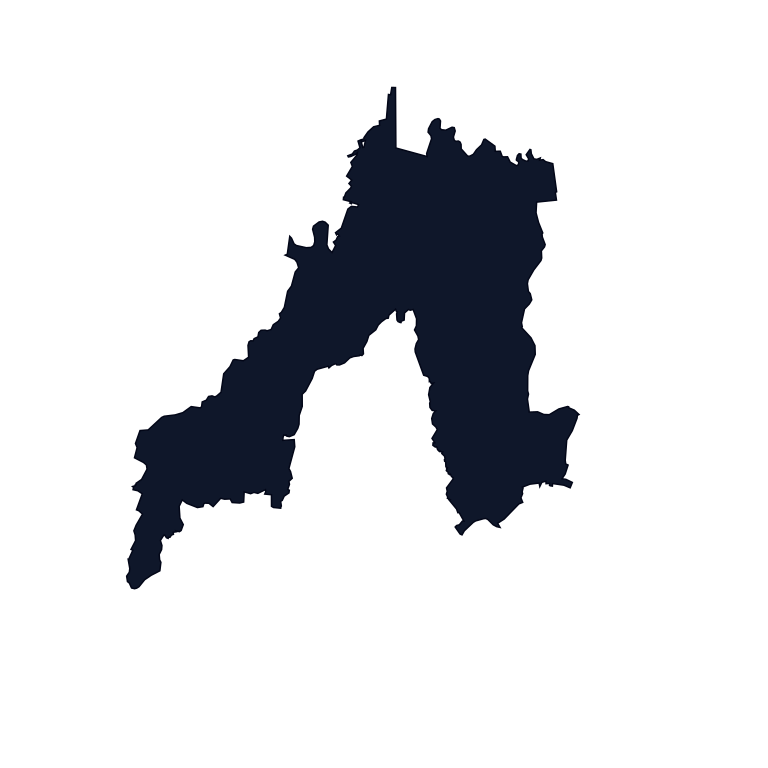 DEJ, Cluj, Romania (Robinson projection), rotated 291°
{"feature_id": "2599482B75770184766435", "entity_name": "DEJ", "entity_type": "district", "adm_level": 2, "iso_a3": "ROU", "parent_name": "Romania", "parent_adm1": "Cluj", "projection": "robinson", "projection_center": [23.804, 47.127], "detail": "fine", "context": "isolated", "style": "filled", "palette": "ink", "viewbox_px": 768, "rotation_deg": 291, "n_neighbors": 0, "source": "geoboundaries", "source_scale": "gbopen_adm2", "svg_char_len": 6171}
<svg xmlns="http://www.w3.org/2000/svg" viewBox="0 0 768 768"><g transform="rotate(291 384 384)"><path d="M359.6,595.1L360.2,587.9L359.3,584.1L364.9,585.4L374.3,584.9L374.5,582.3L377.8,580.5L397.1,574.7L407.9,576.5L421.1,576.5L424.1,575.8L425.4,577.0L427.8,571.0L428.0,565.2L428.9,564.6L428.8,563.5L423.4,556.2L414.6,549.3L412.8,544.1L413.1,537.4L409.8,529.7L421.4,523.3L426.4,522.5L429.0,520.6L443.3,515.2L448.2,514.2L465.8,514.6L473.9,511.2L479.8,504.7L486.0,492.2L487.0,492.6L490.5,490.4L504.4,488.3L510.8,491.0L515.5,491.8L520.7,488.2L522.2,485.6L529.1,481.9L533.0,481.2L544.3,483.0L555.5,486.3L558.1,486.1L564.7,483.2L569.5,484.7L571.9,484.5L577.9,479.2L580.6,477.8L581.9,478.1L590.2,470.4L598.3,464.6L608.5,461.3L617.5,479.1L624.3,475.3L625.3,476.3L650.2,462.6L649.5,455.2L650.5,452.1L648.7,449.1L651.0,448.9L648.5,446.2L647.9,443.3L651.8,439.0L655.3,437.2L655.3,436.2L649.0,434.6L646.2,438.2L644.1,438.6L642.9,436.9L643.2,432.7L644.1,431.0L647.7,429.4L647.4,427.6L645.2,426.7L641.1,427.1L640.3,427.5L639.8,429.9L638.2,430.7L636.4,430.6L635.3,429.4L636.4,422.3L640.4,417.9L638.8,414.1L638.9,412.7L643.0,409.1L641.1,404.5L645.8,402.3L648.9,390.7L648.1,389.6L642.2,389.4L635.9,386.4L630.5,385.1L627.5,382.5L626.7,380.5L631.2,371.8L635.3,370.1L637.1,368.4L637.5,366.4L636.2,363.9L636.9,362.1L639.4,360.3L645.7,359.8L648.5,357.7L648.1,355.5L643.1,350.7L642.0,346.5L642.9,344.6L649.8,342.5L651.2,340.7L651.1,339.3L649.1,336.7L646.2,335.0L638.3,334.1L634.9,334.9L632.7,338.8L630.0,340.5L614.5,341.2L611.8,342.7L608.6,310.5L664.9,288.5L663.6,285.0L656.3,286.5L655.9,284.4L632.2,291.3L627.9,285.4L623.9,287.2L620.4,282.1L613.6,278.7L606.8,277.0L605.7,277.5L603.8,275.2L602.0,276.4L604.8,279.4L598.0,280.4L597.2,279.4L603.6,274.8L601.5,272.7L595.9,276.9L592.9,275.3L590.9,272.9L587.4,272.0L584.1,268.4L583.2,269.4L584.5,271.5L588.3,275.2L590.6,276.3L588.3,276.8L579.0,273.6L575.8,276.5L564.7,274.6L562.8,280.8L558.6,279.4L557.1,282.6L555.2,282.7L548.7,279.9L544.1,280.0L543.9,279.3L541.5,280.0L542.4,287.9L540.7,287.2L540.6,289.0L541.9,289.0L542.4,296.0L539.7,295.8L538.2,289.9L534.4,287.6L514.2,288.3L507.9,284.5L506.2,286.3L507.6,287.0L506.2,289.3L504.9,287.9L501.2,287.7L498.4,285.9L496.0,289.2L488.1,288.4L490.1,283.9L493.4,280.8L512.3,275.0L514.0,271.1L513.9,268.3L512.0,265.3L506.1,261.6L502.9,261.9L496.2,266.6L492.0,268.4L488.1,268.7L485.4,267.0L483.4,262.6L481.9,252.6L482.6,249.8L487.0,245.4L488.1,243.1L470.5,247.2L468.9,245.6L468.4,256.0L466.5,259.1L461.9,262.7L456.8,261.0L442.2,262.5L436.1,260.8L419.8,263.5L414.1,262.5L412.1,261.2L408.5,263.8L404.6,262.8L399.7,259.4L394.4,259.1L391.8,255.8L391.7,253.7L390.1,250.0L387.2,248.6L382.8,249.4L379.8,246.5L377.3,246.3L376.6,244.1L375.1,242.9L371.3,243.2L360.5,248.0L355.3,244.4L353.4,235.9L352.4,234.6L345.0,234.0L336.1,230.7L317.9,234.8L313.0,232.2L311.3,230.8L311.3,227.7L309.5,224.7L305.2,223.9L302.1,220.7L297.6,221.8L295.9,221.2L293.8,212.1L285.2,206.5L280.3,200.1L275.1,190.3L273.1,188.4L256.6,180.3L253.1,172.9L239.4,173.3L236.2,176.3L225.7,177.5L224.6,187.5L223.3,191.2L219.6,193.3L208.0,191.9L202.4,188.1L201.3,188.8L200.7,187.9L199.9,188.2L198.2,186.0L197.8,187.2L195.4,187.6L196.1,192.4L194.9,197.7L177.8,198.0L177.8,200.5L176.0,205.2L163.4,203.2L157.3,203.1L153.9,205.8L148.8,208.2L138.9,207.1L138.9,209.1L129.0,208.5L128.8,207.9L120.6,212.8L117.0,213.7L112.4,212.6L107.6,215.3L106.9,217.6L103.1,221.4L103.5,224.5L104.8,226.3L106.9,227.9L115.5,230.7L122.0,235.2L129.3,241.7L137.6,239.6L139.4,237.6L144.3,235.2L149.7,235.7L153.6,234.6L157.8,231.3L164.0,232.6L164.4,233.3L162.5,236.0L162.5,237.8L163.6,237.7L164.2,239.1L166.8,239.7L168.2,241.3L170.0,240.3L171.7,243.2L172.4,242.4L172.8,245.9L174.5,247.1L180.8,247.0L185.7,241.5L196.4,236.6L203.5,237.2L201.9,242.6L201.8,254.1L204.6,258.9L207.8,258.7L208.7,259.7L209.9,263.3L208.3,268.4L218.8,272.5L219.3,276.4L221.6,281.6L218.9,284.7L221.2,292.0L223.5,295.3L233.2,292.1L233.8,298.8L236.2,301.4L236.7,305.4L242.9,311.2L241.0,312.2L238.5,312.1L240.3,318.6L229.5,322.8L229.1,325.1L231.2,332.7L231.2,331.7L233.3,331.9L237.4,329.6L238.9,330.7L243.5,331.0L248.3,334.3L250.9,333.7L251.1,331.9L256.5,331.7L259.0,330.1L263.1,332.1L268.8,328.1L271.0,325.5L293.4,323.2L299.9,320.1L295.1,309.7L297.9,308.9L300.5,308.7L300.8,311.1L302.0,310.6L300.5,311.9L300.9,314.5L304.5,318.3L311.7,319.4L316.0,319.1L324.3,316.1L333.8,315.7L345.1,311.3L349.4,313.3L363.4,315.0L371.0,314.6L373.8,316.3L380.6,325.5L379.3,326.8L382.6,328.5L385.2,331.0L385.6,331.9L384.9,333.1L385.9,335.7L389.6,339.6L396.1,342.7L398.8,345.8L401.5,350.8L402.2,350.8L402.7,353.2L404.8,354.0L409.8,351.7L417.5,352.8L424.0,352.4L431.6,356.9L437.0,357.5L441.3,359.4L445.8,362.3L447.0,364.4L450.0,363.9L458.0,368.0L456.0,369.8L456.1,370.6L454.0,370.6L448.4,373.2L447.3,374.8L447.2,377.2L447.5,377.9L448.6,377.4L450.9,379.9L457.7,377.7L462.3,380.1L462.3,382.1L464.0,384.5L456.6,391.0L449.9,393.4L445.4,393.1L440.9,398.5L437.9,400.4L433.3,399.7L427.8,400.4L425.1,401.7L406.4,417.9L406.7,422.1L405.4,424.3L402.4,425.5L402.9,426.3L401.4,427.9L402.6,429.9L397.2,428.1L390.0,429.5L384.0,433.6L382.5,433.5L378.6,435.3L376.6,438.4L377.4,441.9L374.1,440.6L368.9,440.9L364.1,443.6L362.4,447.9L360.5,450.1L350.4,448.3L347.4,452.5L346.6,450.9L344.3,451.6L343.5,454.5L344.3,455.6L341.9,457.6L340.8,460.0L341.7,460.7L341.0,461.7L341.5,463.2L339.8,462.9L338.3,466.4L336.1,467.8L335.0,467.5L333.6,468.3L333.5,469.4L328.8,471.5L328.6,472.8L327.8,472.8L328.1,473.3L325.5,473.2L324.4,475.8L323.3,476.1L322.9,478.0L323.5,478.4L321.8,480.2L321.3,482.0L319.8,482.5L309.4,479.6L306.5,481.5L303.5,481.7L301.2,484.1L300.1,484.1L299.7,487.0L299.1,486.3L293.3,496.5L290.3,499.1L290.9,500.2L284.6,507.8L284.1,506.3L279.6,504.8L277.9,502.5L276.0,501.7L271.2,508.8L271.1,510.9L275.7,511.6L286.8,516.9L289.0,518.6L293.9,525.2L294.9,527.1L294.8,529.4L291.7,536.4L291.2,540.3L291.7,543.7L294.7,540.0L301.0,544.6L320.4,552.9L323.2,555.9L326.8,552.6L331.3,552.7L332.9,551.6L336.7,551.1L337.3,550.1L342.8,556.2L347.1,564.3L344.1,566.2L348.8,566.6L351.3,570.0L349.0,571.0L350.6,574.2L348.6,574.9L348.6,576.0L349.0,577.8L351.4,577.1L351.7,578.0L354.0,588.2L353.8,595.0L359.6,595.1Z" fill="#0f172a" stroke="#020617" stroke-width="1.5"/></g></svg>